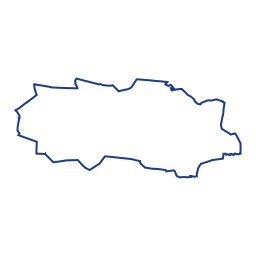 Sutru pag., Livanu, Latvia (Equal Earth projection)
{"feature_id": "27541924B27352214783038", "entity_name": "Sutru pag.", "entity_type": "district", "adm_level": 2, "iso_a3": "LVA", "parent_name": "Latvia", "parent_adm1": "Livanu", "projection": "equal_earth", "projection_center": [26.515, 56.305], "detail": "fine", "context": "isolated", "style": "outline", "palette": "blue", "viewbox_px": 256, "rotation_deg": 0, "n_neighbors": 0, "source": "geoboundaries", "source_scale": "gbopen_adm2", "svg_char_len": 5078}
<svg xmlns="http://www.w3.org/2000/svg" viewBox="0 0 256 256"><path d="M15.4,110.3L15.6,110.5L15.9,110.7L16.3,111.2L16.8,111.6L17.1,112.0L17.5,112.4L17.7,112.7L17.8,112.9L18.1,113.5L18.5,114.2L18.7,114.6L19.1,115.2L19.3,115.4L19.5,115.7L19.6,115.8L19.6,116.3L19.6,116.8L19.5,117.1L19.5,117.3L19.4,117.3L18.6,117.6L18.6,117.8L18.7,118.0L19.0,118.4L19.2,118.6L19.3,118.7L19.3,118.8L18.9,120.1L18.1,124.0L17.8,125.7L17.7,127.1L17.6,129.0L17.5,129.7L17.5,130.6L17.6,130.8L18.3,131.6L18.8,132.4L19.2,132.9L19.4,133.3L19.5,133.4L19.5,133.5L19.4,133.7L19.2,133.9L18.6,134.8L18.4,135.1L24.0,137.2L29.9,139.3L32.1,140.1L33.8,140.7L36.8,141.8L36.8,142.4L36.7,143.4L36.7,144.7L36.6,145.8L36.6,146.5L36.5,148.9L36.5,149.0L36.4,150.3L36.4,151.2L36.4,151.3L36.4,151.9L36.4,153.5L36.5,153.6L37.9,153.7L41.2,153.8L43.3,153.9L45.0,154.0L45.1,153.9L45.1,154.0L45.7,154.6L47.2,156.1L48.3,157.2L51.1,160.0L53.4,162.3L57.0,161.8L62.6,161.0L65.2,160.6L65.3,160.5L65.5,160.5L66.5,160.4L67.5,160.3L68.7,160.3L69.7,160.3L71.9,160.2L72.0,160.2L72.3,160.2L74.1,160.2L75.6,160.1L77.7,160.0L79.9,162.4L81.2,163.8L82.4,165.0L82.6,165.2L84.6,167.3L85.1,167.7L89.7,170.0L93.9,167.3L94.5,166.9L99.8,163.4L102.3,159.9L105.0,156.3L118.8,157.7L129.8,158.9L131.2,159.0L134.3,159.8L140.2,161.2L140.3,163.3L145.0,167.6L152.1,168.7L154.0,168.8L155.7,168.9L155.8,168.9L157.5,169.0L165.7,170.0L166.2,171.4L171.1,170.7L173.6,170.3L174.4,171.0L174.9,171.4L175.0,171.6L176.5,175.6L176.9,176.0L179.6,177.4L179.9,177.3L184.6,177.0L185.9,177.2L187.4,177.3L190.7,177.0L190.4,175.9L190.6,175.9L191.8,176.1L193.0,176.5L193.4,176.6L193.6,176.7L196.6,176.4L196.8,176.4L196.8,175.5L196.8,174.4L196.8,173.9L196.9,173.6L197.6,170.5L198.0,168.5L199.3,166.2L200.8,163.9L203.5,163.0L205.6,162.3L206.4,162.1L212.6,160.0L212.8,160.0L213.3,159.9L214.2,159.8L215.3,159.7L218.4,159.2L222.9,158.6L223.3,155.3L223.3,155.1L223.5,154.2L223.5,153.9L223.8,154.0L224.1,154.0L224.3,153.9L224.6,153.7L224.9,153.6L225.1,153.6L225.4,153.7L225.6,153.8L225.9,154.1L226.0,154.3L226.0,154.5L226.2,154.8L226.3,154.8L226.5,154.7L226.8,154.5L226.8,154.4L227.1,154.3L227.2,154.2L227.4,154.3L227.7,154.4L228.2,154.6L229.2,155.0L229.5,155.1L229.8,155.1L230.0,155.0L230.0,154.9L230.1,154.3L230.2,154.1L230.3,153.9L230.5,153.9L230.8,153.8L231.1,153.8L231.3,153.8L231.6,154.2L232.0,154.6L232.3,154.8L232.6,154.7L232.8,154.5L233.2,154.6L233.5,154.7L233.9,154.8L234.3,154.7L234.5,154.6L234.6,154.4L234.5,154.2L234.1,153.8L234.3,153.6L234.6,153.6L234.9,153.6L235.5,153.7L235.8,153.8L236.2,153.9L236.6,154.0L237.2,154.1L237.5,154.2L237.8,154.2L238.4,154.3L238.7,154.2L238.9,154.2L239.2,154.1L239.6,154.0L239.9,153.9L240.0,153.6L240.0,153.3L240.0,153.2L240.3,153.1L240.5,153.2L240.5,151.8L240.6,147.2L240.5,144.6L240.5,143.3L239.9,142.1L237.7,137.9L236.9,136.2L236.6,135.7L236.3,135.2L236.0,134.6L235.8,134.4L234.8,133.4L234.7,133.4L230.6,134.6L229.4,133.6L228.9,133.2L228.0,132.7L226.4,131.6L225.4,131.1L223.6,129.9L221.9,129.0L221.6,127.9L221.3,126.8L220.9,124.7L220.9,124.4L221.5,121.9L222.1,118.7L222.2,117.7L222.8,115.8L223.1,114.0L223.2,113.6L223.3,112.7L223.4,111.5L223.7,108.3L223.7,108.2L224.6,102.7L223.0,102.2L223.1,101.6L222.4,101.4L221.6,101.1L216.7,99.4L216.3,99.3L216.2,99.4L212.2,100.3L211.6,100.5L211.4,100.5L210.3,100.5L210.1,100.4L207.9,100.4L207.6,100.4L207.3,100.5L201.6,102.8L201.3,103.0L200.9,103.5L200.6,103.8L200.5,104.0L200.5,104.3L200.2,104.3L197.9,103.9L197.1,103.3L195.0,101.6L194.9,101.5L194.7,101.4L194.5,99.9L193.7,99.1L192.5,98.0L191.1,96.7L190.9,96.6L187.9,95.0L186.9,94.0L184.3,91.4L182.3,89.6L181.8,89.0L181.7,89.0L180.6,89.0L179.8,89.0L179.5,89.0L178.7,89.2L177.6,89.3L177.1,89.4L176.9,89.3L175.1,89.7L173.7,90.0L171.7,90.4L170.8,88.2L173.5,88.2L173.4,88.1L172.8,87.7L172.7,87.5L172.7,87.0L172.6,86.8L172.4,86.5L172.1,86.2L171.7,85.8L171.2,85.3L170.8,84.8L170.7,84.8L169.6,85.4L169.2,85.6L168.6,85.9L167.6,85.5L166.6,85.0L165.6,84.6L165.3,84.5L165.3,84.4L166.9,82.5L167.3,82.0L162.9,81.6L161.9,81.5L161.4,81.4L154.6,80.9L154.2,80.8L151.7,80.5L151.1,80.5L151.0,80.4L148.9,80.2L147.2,80.1L142.1,79.7L139.8,79.5L138.3,79.4L137.6,79.4L136.8,79.3L136.5,79.6L134.8,82.2L131.5,87.2L130.2,88.2L129.9,88.4L125.6,89.8L125.4,89.6L121.3,90.6L118.6,91.3L117.5,90.1L115.8,88.3L115.6,88.3L113.8,86.3L113.0,85.3L111.6,85.7L109.4,85.7L107.4,85.6L104.6,85.3L103.2,85.2L100.4,84.1L99.1,84.4L76.4,78.6L75.9,79.4L75.1,81.1L75.0,81.3L75.5,82.5L75.4,82.6L75.3,83.8L75.5,84.4L75.6,84.5L75.8,84.7L76.1,84.9L76.5,85.4L76.7,86.2L77.2,87.5L77.5,88.2L77.4,88.3L77.2,88.4L72.1,88.2L68.7,88.1L66.9,88.1L60.1,87.8L56.6,87.7L54.8,87.6L52.9,87.5L51.8,87.4L49.2,86.8L47.0,86.4L46.2,86.3L45.6,86.2L45.4,86.2L42.4,85.6L39.3,85.2L38.6,85.0L37.7,84.9L35.4,84.5L35.4,84.4L35.2,84.4L34.4,84.3L34.2,84.3L34.4,86.6L34.4,87.0L34.5,88.0L34.6,88.6L35.1,90.2L35.9,92.9L36.0,93.2L36.2,93.9L36.4,94.5L36.7,94.9L34.4,96.7L31.5,98.9L30.3,99.8L27.8,101.7L26.9,102.3L27.0,102.3L27.0,102.5L25.9,102.9L24.5,104.0L24.2,104.3L22.1,105.9L21.2,106.6L20.8,106.9L20.2,107.3L19.6,107.8L19.1,108.2L18.9,108.3L17.7,109.1L17.4,109.3L15.4,110.3Z" fill="none" stroke="#1e3a8a" stroke-width="2"/></svg>